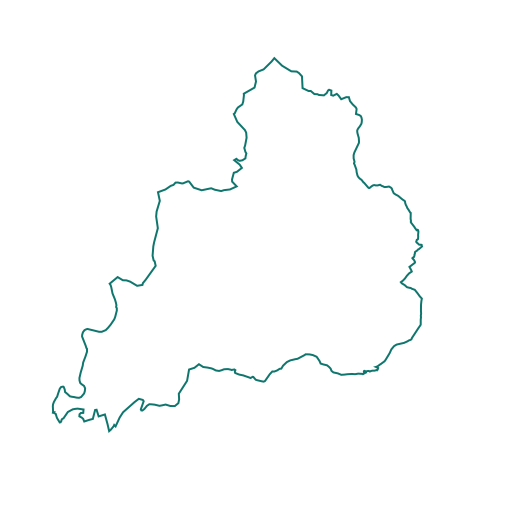 the district of Ususau, Arad, Romania, rotated 280°
{"feature_id": "2599482B12627943031914", "entity_name": "Ususau", "entity_type": "district", "adm_level": 2, "iso_a3": "ROU", "parent_name": "Romania", "parent_adm1": "Arad", "projection": "natural_earth1", "projection_center": [21.862, 46.022], "detail": "fine", "context": "isolated", "style": "outline", "palette": "teal", "viewbox_px": 512, "rotation_deg": 280, "n_neighbors": 0, "source": "geoboundaries", "source_scale": "gbopen_adm2", "svg_char_len": 6034}
<svg xmlns="http://www.w3.org/2000/svg" viewBox="0 0 512 512"><g transform="rotate(280 256 256)"><path d="M334.2,393.7L335.5,393.3L336.0,392.9L337.0,390.7L337.6,389.5L339.9,385.6L340.8,382.8L341.6,381.0L341.9,380.6L344.9,378.6L345.7,378.2L346.3,377.7L346.7,377.1L347.5,374.9L346.7,372.6L346.2,370.7L346.4,369.8L346.6,369.3L346.9,367.6L347.7,365.8L346.7,363.7L346.3,361.8L346.4,360.3L346.3,359.9L345.8,358.9L344.8,357.8L342.7,356.0L342.5,355.5L342.9,354.6L347.0,349.6L347.1,349.0L347.6,348.6L349.4,346.6L349.9,345.4L350.7,344.1L351.7,342.9L352.8,342.0L355.9,340.6L358.6,339.8L363.5,337.0L364.0,336.5L364.4,336.4L365.6,336.7L366.1,336.6L369.1,335.2L372.3,334.6L375.0,334.9L385.2,337.7L386.5,337.6L390.2,336.7L394.1,334.8L395.7,334.2L397.0,333.9L398.3,334.1L399.8,334.7L401.4,335.6L404.4,336.8L405.7,336.9L407.1,336.8L408.7,336.6L410.7,335.8L411.9,335.0L412.7,333.4L413.1,330.8L413.1,330.3L413.2,329.8L417.5,329.6L418.3,329.5L419.2,328.9L419.9,328.2L422.0,325.0L424.8,321.7L428.5,319.9L428.1,317.3L425.2,312.7L428.3,309.5L429.7,307.4L427.3,304.2L427.6,302.1L432.0,301.5L432.4,299.1L431.5,298.2L428.8,297.4L426.0,295.0L425.5,289.9L426.0,288.5L425.6,285.4L428.0,281.3L427.6,279.2L429.4,272.7L440.9,270.1L443.6,266.6L444.7,264.1L444.0,258.7L447.9,248.7L454.0,239.7L450.1,237.5L441.1,231.1L438.2,226.4L435.8,224.2L433.7,223.7L427.8,225.7L421.6,225.3L413.7,215.8L412.2,216.2L406.0,216.6L402.9,216.2L399.1,212.4L397.0,211.4L392.9,210.3L392.0,209.5L384.8,214.3L378.1,223.2L375.8,224.9L370.8,226.2L363.0,226.1L360.4,225.7L356.7,227.5L355.3,228.7L352.6,228.5L350.3,228.6L347.9,226.0L346.9,223.4L347.2,221.7L348.3,219.8L346.6,217.9L343.2,224.0L340.3,226.8L335.6,222.6L334.1,219.7L327.2,219.1L325.1,219.6L321.2,224.9L317.0,218.8L315.3,213.1L313.9,210.4L314.1,203.9L314.9,200.2L314.3,198.5L311.3,191.1L312.5,182.8L317.6,177.3L317.8,176.1L314.8,171.4L314.6,170.2L314.8,166.3L314.3,164.0L311.7,162.4L310.3,159.9L305.8,155.3L301.8,148.4L293.6,151.7L282.5,150.4L277.6,150.8L266.3,154.5L251.9,153.3L247.8,153.2L238.3,154.1L233.8,156.0L233.2,157.1L228.9,158.9L213.5,151.5L209.6,149.3L207.8,149.2L206.0,144.1L208.9,136.5L209.5,132.7L209.0,129.1L211.2,123.4L203.3,116.7L202.2,117.8L200.3,118.8L194.2,121.2L188.8,124.6L186.0,126.0L183.3,127.1L181.5,127.1L180.4,128.0L178.1,128.4L171.5,127.9L169.0,127.4L163.0,124.7L159.5,122.7L156.9,120.9L154.6,117.3L154.1,114.6L154.5,108.9L154.7,105.5L154.9,102.7L154.3,101.5L153.2,100.0L150.8,98.8L148.1,98.5L146.5,98.7L138.0,103.9L136.0,104.9L135.2,105.7L132.4,106.2L127.4,105.5L121.1,104.3L117.9,104.4L110.9,103.6L105.2,103.3L102.8,103.8L100.5,104.9L99.5,106.4L98.2,109.2L96.0,110.7L93.2,110.9L90.8,110.6L86.8,108.3L85.6,106.4L85.4,104.2L85.4,103.2L85.5,101.2L85.4,99.2L85.5,97.1L87.3,94.4L88.9,91.6L91.3,90.8L93.6,89.4L93.9,88.7L93.1,86.8L91.2,85.8L85.5,84.9L82.9,84.6L81.1,83.7L77.1,82.3L74.7,81.9L72.8,82.0L67.5,83.2L66.4,83.2L66.4,84.0L66.8,84.1L66.9,84.3L66.4,84.2L65.7,86.2L62.7,87.7L61.6,88.4L59.5,90.3L58.0,91.6L58.3,92.4L59.3,92.9L60.5,92.9L61.8,93.4L62.7,94.6L69.7,97.8L73.2,102.2L74.1,104.7L74.7,106.8L74.9,112.8L71.5,113.1L71.0,110.8L69.5,109.7L67.4,109.9L66.6,112.5L65.6,114.1L63.2,115.6L65.7,120.3L67.2,123.6L76.4,124.3L76.9,125.7L70.7,128.9L73.7,134.7L64.6,139.0L58.0,141.8L59.6,143.1L63.5,145.3L65.0,145.7L63.8,147.3L73.3,149.8L79.0,152.2L91.1,161.8L95.0,165.4L94.6,169.5L93.5,170.6L85.0,169.2L84.0,169.9L84.1,170.9L85.9,172.6L89.5,174.6L91.5,176.7L91.8,179.1L92.0,182.0L91.7,187.0L92.6,189.4L94.0,192.8L93.4,197.7L94.1,202.1L97.6,205.1L101.4,205.2L107.0,203.9L121.1,209.8L132.6,209.8L135.2,214.8L139.5,218.6L137.5,223.3L137.7,227.6L137.6,231.5L137.3,233.2L136.3,236.4L136.4,239.6L137.4,241.7L138.9,244.2L139.6,247.1L139.8,248.5L139.7,250.0L139.7,250.9L139.5,251.7L140.5,254.4L140.0,255.5L139.0,255.3L138.1,255.3L137.2,255.8L136.6,258.6L136.3,260.2L136.2,264.3L136.0,265.3L135.3,269.7L134.9,271.8L136.5,273.8L136.4,274.4L134.1,277.2L133.9,278.6L133.6,283.5L133.6,285.4L134.5,286.6L142.0,290.1L145.1,292.1L145.4,294.1L146.9,296.6L149.0,298.9L149.5,300.5L152.7,301.7L156.9,304.8L159.1,307.8L161.2,312.6L162.0,314.8L166.9,321.1L167.8,321.9L168.4,325.8L168.3,329.2L167.3,333.2L165.7,334.8L163.5,336.9L161.3,338.3L160.9,341.2L160.7,344.9L159.5,347.1L158.1,349.0L156.0,350.3L154.8,352.4L154.6,357.1L153.8,360.6L154.5,363.5L155.4,366.4L156.5,371.0L156.8,374.1L157.9,377.1L158.4,381.5L158.2,381.8L158.5,382.3L159.2,382.9L160.4,384.6L160.7,384.6L160.8,384.4L160.9,383.5L160.1,382.6L160.7,382.3L161.3,382.3L161.7,382.6L161.7,383.0L161.4,384.2L161.5,384.5L162.3,386.5L162.3,387.4L162.0,387.9L162.0,388.2L162.7,389.2L163.3,390.6L163.7,392.7L164.2,393.8L164.7,394.5L164.5,395.0L165.1,395.3L165.2,395.5L166.9,395.8L167.1,395.4L167.5,393.8L167.6,393.4L167.9,394.0L168.7,395.1L170.7,397.0L171.7,398.1L172.8,399.1L174.0,400.3L175.2,401.2L176.6,401.8L182.5,404.1L183.9,404.6L187.5,405.5L191.2,407.6L192.9,409.5L193.3,410.1L196.1,416.8L198.2,419.9L199.6,421.5L200.0,422.4L200.8,423.4L201.5,423.7L202.4,423.8L203.5,424.3L211.4,427.7L212.6,428.2L216.5,430.0L217.3,430.1L221.8,429.3L224.4,429.1L225.8,428.7L228.0,428.6L230.5,428.0L236.5,427.0L240.4,426.7L242.9,426.7L244.6,424.4L247.5,421.4L250.3,418.2L250.8,415.2L251.4,413.8L251.3,412.9L251.5,410.1L253.2,407.4L254.4,404.3L255.4,403.2L257.2,404.9L259.7,406.6L262.7,408.0L265.5,409.8L267.7,412.1L268.9,411.4L271.9,409.0L276.9,413.6L277.5,413.7L277.9,413.5L279.4,412.4L280.9,410.4L281.2,410.4L281.6,410.7L282.1,411.5L282.4,411.7L282.9,411.7L283.6,412.0L283.9,412.0L285.1,411.8L285.8,412.1L286.9,411.9L287.7,412.0L289.3,413.7L290.6,414.5L291.0,415.2L294.2,417.8L294.9,417.4L295.6,417.3L295.8,416.6L295.5,415.2L295.6,414.4L296.5,413.2L296.9,412.3L297.8,411.3L298.2,411.4L299.6,411.5L299.9,411.6L300.3,412.3L300.6,412.5L300.9,412.6L303.1,412.4L304.8,412.0L308.2,411.7L309.2,411.3L309.8,410.9L309.9,410.6L309.8,410.4L309.2,410.2L309.2,409.8L311.7,407.2L312.1,407.0L312.6,406.4L315.8,402.9L316.1,402.7L316.4,402.5L317.2,402.6L319.5,401.8L325.3,400.9L325.6,400.3L328.0,398.2L329.5,396.7L331.1,395.7L332.3,394.7L334.2,393.7Z" fill="none" stroke="#0f766e" stroke-width="2"/></g></svg>